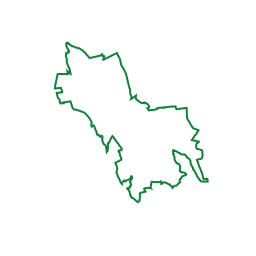 Baluseni, Botosani, Romania (Robinson projection), rotated 30°
{"feature_id": "2599482B50605777408267", "entity_name": "Baluseni", "entity_type": "district", "adm_level": 2, "iso_a3": "ROU", "parent_name": "Romania", "parent_adm1": "Botosani", "projection": "robinson", "projection_center": [26.818, 47.67], "detail": "fine", "context": "isolated", "style": "outline", "palette": "green", "viewbox_px": 256, "rotation_deg": 30, "n_neighbors": 0, "source": "geoboundaries", "source_scale": "gbopen_adm2", "svg_char_len": 5899}
<svg xmlns="http://www.w3.org/2000/svg" viewBox="0 0 256 256"><g transform="rotate(30 128 128)"><path d="M184.7,159.8L185.0,159.4L185.5,159.1L185.6,158.4L185.5,158.0L185.6,157.6L186.4,157.0L186.9,156.9L187.6,156.5L189.2,156.5L189.3,156.3L189.8,156.4L191.1,156.4L192.2,156.0L192.4,156.4L193.4,156.5L194.5,156.7L196.5,157.6L196.6,156.9L196.1,156.3L197.0,155.4L198.0,154.2L198.8,153.6L199.4,152.1L199.2,151.5L199.4,150.7L200.3,148.9L199.3,148.3L198.7,147.2L198.9,146.5L198.7,146.0L198.8,145.4L199.3,145.0L199.0,143.8L199.3,142.6L199.5,142.2L200.1,141.8L201.4,139.7L201.7,139.5L201.7,139.1L200.6,138.6L198.9,138.6L196.9,139.2L197.0,139.4L196.5,139.6L195.5,139.6L194.4,139.4L194.2,139.2L194.2,138.4L194.0,138.0L193.1,137.1L192.7,135.4L192.3,134.9L191.6,134.7L190.3,133.8L189.7,133.6L188.7,134.1L188.0,134.2L187.5,133.9L186.2,133.4L184.4,132.2L183.6,131.4L183.2,130.4L182.2,129.3L181.9,129.1L181.5,129.1L180.1,127.9L180.1,127.7L180.4,127.6L180.4,127.3L179.9,127.1L179.2,126.6L178.7,125.8L179.1,125.2L178.3,124.6L178.3,124.4L178.7,124.3L179.6,124.7L181.0,124.1L182.0,124.0L183.4,124.2L185.2,123.9L185.5,124.1L186.0,124.0L186.8,124.3L187.1,124.3L188.1,123.9L189.6,122.9L190.7,122.6L192.8,123.2L193.0,123.6L193.8,124.0L194.5,124.0L195.2,124.1L196.7,124.2L198.3,125.1L198.8,125.6L199.5,126.8L199.8,127.0L200.2,127.7L202.0,128.8L202.8,129.4L204.5,130.2L204.8,130.6L204.8,130.8L205.2,131.1L205.4,131.5L205.6,131.5L206.1,131.4L206.5,131.6L207.2,132.1L207.5,132.4L209.6,133.5L212.3,135.4L214.1,136.1L214.9,136.7L215.6,137.0L216.1,137.0L216.9,137.5L217.8,137.8L220.8,136.3L223.8,134.5L222.1,132.3L219.3,134.3L219.1,134.4L218.7,134.2L215.7,131.1L211.3,127.4L208.5,125.4L207.4,124.3L203.6,121.2L203.7,120.9L207.1,117.7L206.9,116.7L206.8,115.3L205.0,112.6L204.1,111.1L203.4,110.3L200.5,110.8L198.0,111.6L197.4,111.3L196.3,110.1L195.3,108.0L195.4,106.7L196.2,105.2L196.2,104.4L189.4,106.5L189.6,101.3L190.2,98.8L190.2,98.1L190.0,97.7L190.3,95.5L190.2,94.7L184.4,95.6L180.7,93.8L177.9,92.0L175.5,90.8L174.2,89.9L168.7,81.3L160.6,87.5L159.9,87.1L158.3,85.5L156.8,86.7L156.6,86.6L156.2,86.8L149.4,91.8L149.6,92.0L148.3,92.9L148.1,92.7L147.8,92.9L147.9,93.0L143.7,95.7L143.4,96.3L143.4,97.0L143.6,97.2L140.0,100.5L139.7,100.5L139.7,100.4L139.5,100.5L137.4,102.3L135.0,101.3L135.6,100.9L135.8,100.5L135.8,99.7L135.6,99.1L135.1,98.4L133.2,97.6L131.5,97.4L129.4,97.7L129.5,98.6L128.8,98.7L127.1,99.7L126.6,99.7L123.1,99.4L120.7,99.0L120.3,98.5L119.7,98.1L119.3,97.4L119.0,97.1L118.7,96.0L116.4,101.0L116.1,101.4L115.9,100.3L115.3,99.1L113.1,97.4L111.9,95.9L111.5,94.9L110.5,93.6L109.2,92.6L105.4,88.7L99.2,82.1L94.1,78.7L91.1,77.2L90.0,76.2L87.2,72.9L85.9,71.8L83.6,70.5L80.9,68.6L72.8,80.9L72.5,80.8L72.3,81.0L71.7,77.8L70.9,77.6L70.2,78.4L68.6,77.1L68.3,78.1L68.6,78.3L68.2,78.7L64.2,82.6L59.7,86.6L57.3,85.7L56.0,85.5L54.1,84.5L51.2,83.9L50.1,83.6L48.2,83.4L46.3,83.5L45.7,83.4L44.6,83.9L43.2,84.0L42.5,84.3L41.5,84.8L40.0,84.6L39.2,84.7L38.9,85.1L35.3,84.8L34.7,84.5L33.8,84.3L32.8,84.4L32.2,85.2L32.2,85.4L32.6,85.7L32.5,86.0L32.9,86.2L32.9,86.6L33.3,86.7L34.0,88.2L35.9,89.4L36.9,89.8L38.4,90.7L38.8,91.1L38.7,91.4L38.1,91.7L38.4,92.0L38.3,92.4L38.6,92.7L38.1,93.1L38.0,93.5L37.4,94.1L36.9,94.3L37.3,95.1L38.4,96.8L39.4,97.9L40.9,99.3L41.8,101.4L43.0,102.5L47.8,106.1L51.2,109.7L50.6,109.7L49.4,109.2L48.6,109.2L47.9,109.4L47.2,109.2L48.0,110.3L49.0,111.4L40.2,116.3L40.1,116.5L43.6,127.2L44.3,128.9L45.0,130.3L49.8,126.8L52.3,129.0L52.9,129.3L53.0,130.0L52.7,130.2L52.7,130.4L48.7,133.2L52.3,137.1L54.0,137.3L55.0,138.1L56.1,139.9L56.6,139.7L57.3,140.5L59.4,139.0L59.1,138.9L58.8,138.5L64.9,133.7L69.6,138.0L70.2,138.4L71.7,139.0L72.4,138.9L73.5,138.2L77.6,137.3L82.5,136.5L83.8,136.8L89.1,138.5L91.1,139.6L93.7,141.2L93.9,141.7L94.5,143.5L95.9,145.0L96.3,144.4L96.8,143.0L97.3,143.4L98.0,143.4L100.6,145.7L103.1,147.4L103.5,148.3L104.6,149.2L104.9,149.2L105.6,148.6L106.1,148.5L107.3,149.1L107.6,149.0L107.7,149.5L108.1,149.6L108.2,149.4L108.6,149.3L108.7,148.6L108.9,148.4L109.3,147.8L110.4,148.5L110.8,149.0L111.2,150.7L111.8,151.1L112.7,152.4L115.2,154.1L116.8,154.1L117.7,154.5L118.8,155.5L119.0,155.7L119.0,156.1L119.4,156.4L120.1,157.4L120.8,157.8L121.4,158.9L121.3,159.2L121.6,159.5L121.6,158.5L121.8,157.8L121.2,157.0L120.1,153.9L119.7,153.2L119.1,152.6L118.3,151.4L118.4,151.1L118.8,150.8L118.7,150.0L118.9,149.8L118.9,149.2L118.8,147.8L118.4,146.1L118.5,142.8L119.8,143.2L119.7,143.3L122.8,144.7L128.1,146.8L128.7,147.2L133.1,149.1L133.2,149.4L133.0,149.6L133.1,149.8L133.5,150.4L133.2,150.5L132.7,151.2L131.9,151.8L131.3,152.0L131.2,152.1L131.3,152.6L131.8,152.6L132.0,152.8L132.1,153.4L133.1,153.8L135.6,156.4L137.1,157.4L137.5,157.8L137.7,158.4L137.9,158.5L138.0,158.9L134.4,164.6L137.7,166.9L138.8,168.2L139.5,169.7L140.2,172.2L140.4,172.6L141.9,173.4L143.3,175.0L145.2,176.0L148.9,178.8L150.6,179.4L150.1,178.5L150.1,178.2L150.5,177.4L150.7,176.4L150.7,175.6L151.0,175.3L152.1,175.8L152.3,175.8L152.4,175.7L152.7,175.1L152.5,174.8L152.8,174.6L153.2,173.8L155.1,171.5L155.3,170.8L155.2,170.3L155.0,169.7L155.0,168.1L155.7,168.2L156.2,168.6L156.5,169.3L156.7,169.6L156.6,170.6L156.3,171.4L156.6,172.0L156.7,173.9L158.1,174.6L158.9,175.4L159.3,176.0L158.9,176.3L158.8,176.8L159.1,177.2L158.9,177.5L158.8,178.4L159.3,179.1L158.8,179.5L158.4,180.3L157.7,180.3L157.5,180.5L157.8,181.1L158.3,181.3L159.3,181.2L160.2,181.6L160.5,182.1L161.3,182.4L161.6,182.9L162.5,183.7L162.9,184.5L164.2,185.2L164.4,185.7L165.5,186.0L165.8,186.2L165.8,186.4L166.1,186.5L166.4,186.5L166.5,186.3L168.3,186.2L169.2,186.7L170.0,186.6L171.3,187.0L172.4,187.0L173.4,187.4L174.5,185.5L173.9,184.4L173.9,184.1L173.5,183.6L172.1,180.1L171.1,179.1L171.1,178.5L171.0,178.1L175.0,174.3L174.4,174.0L174.2,174.0L172.4,172.7L173.0,171.5L174.1,170.6L176.0,169.5L177.3,168.9L178.0,168.8L177.5,168.5L176.6,166.5L176.0,164.6L175.3,162.9L181.6,159.5L182.3,159.3L183.2,157.9L184.7,159.8Z" fill="none" stroke="#15803d" stroke-width="2"/></g></svg>